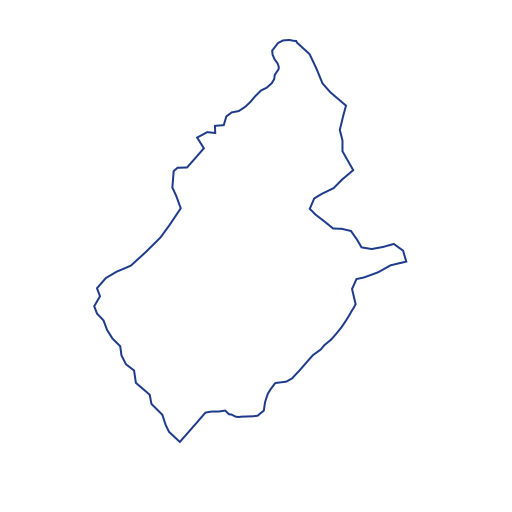 the district of Ormideia, Cyprus, rotated 129°
{"feature_id": "46923920B71817476426158", "entity_name": "Ormideia", "entity_type": "district", "adm_level": 2, "iso_a3": "CYP", "parent_name": "Cyprus", "parent_adm1": "", "projection": "equal_earth", "projection_center": [33.784, 34.997], "detail": "fine", "context": "isolated", "style": "outline", "palette": "blue", "viewbox_px": 512, "rotation_deg": 129, "n_neighbors": 0, "source": "geoboundaries", "source_scale": "gbopen_adm2", "svg_char_len": 1864}
<svg xmlns="http://www.w3.org/2000/svg" viewBox="0 0 512 512"><g transform="rotate(129 256 256)"><path d="M323.3,150.6L320.5,150.4L318.8,150.2L307.7,149.8L297.3,149.4L287.8,146.8L284.8,146.8L282.5,146.8L273.5,145.0L266.0,144.7L257.8,144.7L249.9,145.4L243.6,146.2L238.7,147.0L234.0,147.6L230.7,148.3L227.4,152.6L221.2,160.6L210.7,163.4L204.6,158.5L191.7,150.8L178.4,145.5L165.8,135.7L159.3,145.0L159.9,156.5L169.2,163.1L177.8,170.5L182.9,179.5L179.9,187.2L176.8,197.9L180.8,206.3L186.1,213.4L186.1,225.3L186.4,235.5L185.5,243.9L174.6,247.0L165.9,243.8L154.4,238.4L142.4,237.2L128.1,234.5L122.6,248.6L120.2,254.7L111.8,261.5L105.3,270.2L91.4,276.8L82.5,280.7L82.0,301.1L80.0,313.0L72.3,327.0L65.4,341.4L64.4,358.5L63.6,360.2L64.9,361.8L67.0,365.9L71.5,370.7L76.6,372.9L86.2,372.7L89.2,369.7L91.5,365.2L92.8,360.3L94.8,357.2L96.6,356.0L103.4,355.4L107.1,353.2L111.8,352.5L118.5,353.6L124.3,356.3L132.7,357.2L139.6,357.3L146.6,358.2L154.2,360.6L159.6,365.2L166.2,366.9L174.6,363.4L180.7,369.8L186.1,365.1L190.4,371.8L201.0,376.3L205.1,364.3L213.9,364.6L230.6,365.3L236.8,372.5L241.9,373.4L243.7,372.1L255.4,364.1L259.5,355.8L266.3,344.5L286.1,342.7L301.8,341.9L321.9,344.1L342.3,347.2L356.0,354.5L367.5,358.8L381.1,359.3L385.5,351.9L396.9,350.1L400.8,343.3L402.0,334.0L407.2,325.2L410.5,315.5L411.6,304.7L417.9,298.0L422.0,288.8L421.7,278.7L430.2,269.5L430.7,251.3L436.8,244.1L438.3,228.9L444.2,219.8L447.4,212.9L448.4,198.8L448.4,198.2L429.5,197.4L429.3,197.4L429.5,197.5L424.4,197.2L416.4,197.0L414.5,196.9L409.5,196.7L405.1,192.9L400.3,187.1L395.5,182.6L395.9,178.2L396.0,177.3L394.7,175.4L393.7,170.9L392.9,169.3L391.3,167.4L390.2,166.4L383.7,158.9L382.6,157.6L379.1,154.2L375.3,153.5L371.3,152.6L364.0,156.9L360.8,158.2L355.4,160.2L350.1,160.8L343.0,161.1L342.1,160.6L334.6,153.4L328.3,150.9L323.3,150.6Z" fill="none" stroke="#1e3a8a" stroke-width="2"/></g></svg>